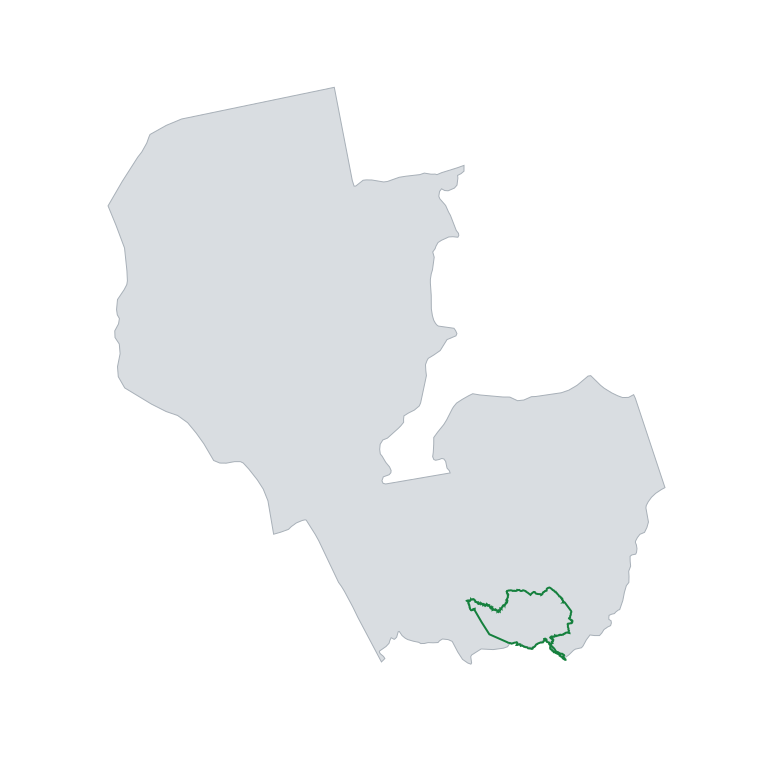 Chama, Muchinga, Zambia (highlighted), rotated 81°
{"feature_id": "96606910B17560798529879", "entity_name": "Chama", "entity_type": "district", "adm_level": 2, "iso_a3": "ZMB", "parent_name": "Zambia", "parent_adm1": "Muchinga", "projection": "orthographic", "projection_center": [32.797, -11.274], "detail": "fine", "context": "in_parent", "style": "outline", "palette": "green", "viewbox_px": 768, "rotation_deg": 81, "n_neighbors": 0, "source": "geoboundaries", "source_scale": "gbopen_adm2", "svg_char_len": 9740}
<svg xmlns="http://www.w3.org/2000/svg" viewBox="0 0 768 768"><g transform="rotate(81 384 384)"><path d="M515.1,516.5L481.2,516.9L468.9,519.7L458.9,524.1L446.9,530.8L440.0,535.4L438.2,538.0L437.3,543.6L437.5,552.2L436.4,558.5L432.9,564.2L414.8,571.3L403.0,577.2L391.5,584.0L382.8,592.8L377.1,603.5L367.5,616.8L347.3,640.7L335.3,645.3L325.2,644.5L312.8,639.9L303.1,639.2L296.0,642.4L289.4,641.6L283.1,636.8L278.0,635.1L273.9,636.6L268.6,636.5L258.9,634.0L250.2,625.9L245.6,622.5L242.0,621.3L232.0,620.2L209.1,619.0L185.6,623.8L164.9,628.7L142.9,610.8L121.5,591.8L116.9,586.9L108.9,580.6L103.2,577.5L100.9,576.0L94.5,558.6L90.6,542.5L83.2,386.7L177.9,383.5L183.9,382.6L184.1,381.0L179.5,372.8L179.6,369.8L180.6,364.1L184.4,352.7L184.5,348.9L182.2,336.6L182.2,329.8L182.8,315.8L182.0,311.2L184.1,304.8L184.7,300.7L185.5,298.9L184.3,294.1L181.9,277.7L180.6,270.8L186.3,271.7L188.3,275.0L189.5,278.7L192.1,278.8L199.0,280.8L201.5,283.8L203.2,290.4L202.4,293.8L200.2,296.6L202.5,299.0L207.1,300.5L209.8,299.9L217.3,295.2L224.4,293.3L227.9,292.0L243.7,288.6L246.8,286.9L249.0,286.9L250.6,288.1L249.3,292.9L248.9,297.1L251.1,304.9L252.7,308.5L256.0,311.1L258.4,312.4L261.2,315.2L266.7,314.6L278.9,318.3L282.6,320.1L287.8,321.8L291.4,322.4L303.9,323.5L317.2,325.5L324.1,325.5L328.9,324.9L332.3,323.6L334.3,322.3L335.3,321.2L339.9,306.2L342.5,304.9L345.7,304.1L347.7,305.4L350.0,314.8L359.7,323.2L363.1,330.2L365.6,336.3L367.8,338.0L371.4,340.0L377.2,340.6L382.4,340.8L408.4,350.8L411.2,352.6L414.5,358.1L416.5,364.4L418.6,369.3L421.9,370.2L424.9,370.6L427.9,373.9L430.1,376.9L438.0,389.1L439.1,393.9L442.9,397.2L447.9,398.5L452.5,398.6L455.1,397.1L461.7,394.5L466.8,391.5L470.5,390.5L472.7,391.1L474.4,393.1L475.6,399.2L479.3,401.2L482.0,400.4L483.0,398.0L483.0,396.7L482.2,332.6L479.9,333.0L476.9,334.9L470.1,335.2L467.4,336.6L466.6,338.6L467.2,341.3L467.4,344.9L466.4,346.6L463.4,347.3L459.1,346.0L451.2,344.3L444.6,343.2L439.9,338.5L433.4,331.3L429.2,327.7L419.0,320.3L417.3,318.8L414.2,315.3L411.5,309.3L408.9,302.4L407.5,297.9L409.8,291.1L415.4,268.8L416.6,261.8L421.4,254.7L421.7,248.4L419.6,240.4L420.1,235.9L420.4,210.4L419.0,202.4L415.5,193.5L408.1,181.2L408.1,178.5L419.2,170.3L422.6,167.2L428.3,160.6L432.2,155.0L434.7,150.5L435.5,144.6L433.6,139.1L437.4,138.0L530.3,122.7L531.6,126.5L534.5,132.8L537.7,137.5L541.7,141.5L545.1,144.0L547.4,144.7L561.7,144.4L566.9,146.8L571.3,149.9L572.5,154.8L575.4,157.8L578.6,160.2L580.0,160.5L582.3,159.9L586.2,159.9L589.7,160.9L591.4,162.0L591.6,166.0L592.7,167.9L597.5,168.6L602.5,168.9L607.2,171.6L612.4,172.1L618.3,173.2L621.1,176.2L627.5,179.2L635.2,182.0L643.7,186.5L643.9,187.9L645.3,190.5L646.8,192.4L647.0,195.3L647.7,197.9L649.9,198.5L651.7,198.7L653.3,196.8L655.6,196.8L658.1,198.0L659.0,201.1L660.9,205.1L664.1,207.9L666.2,210.5L665.4,215.4L664.1,219.8L668.4,224.2L673.9,228.4L675.4,230.2L675.8,236.4L676.7,238.5L680.4,243.7L682.2,247.1L682.1,249.1L672.0,259.2L665.8,260.8L663.1,262.9L661.4,265.0L665.4,275.2L667.5,279.0L665.8,283.9L661.7,292.0L659.9,292.8L659.6,299.0L660.8,301.2L662.8,303.0L663.6,307.2L663.4,317.7L660.9,329.5L665.4,339.9L666.9,341.0L673.2,341.1L674.3,342.0L672.7,344.9L668.3,349.5L660.4,353.0L648.9,356.9L646.5,360.6L645.0,366.1L646.3,369.3L647.8,371.1L647.3,375.9L646.3,380.9L646.6,384.8L646.1,388.3L644.6,390.0L642.6,395.3L640.1,400.6L638.2,403.0L635.3,405.5L630.8,407.6L630.9,408.7L636.0,411.1L637.3,412.8L637.8,413.9L635.7,416.6L638.0,418.2L640.9,419.6L643.6,423.1L646.8,429.7L647.3,430.4L648.2,430.5L649.9,429.8L653.0,427.1L655.3,426.1L658.1,430.0L610.5,446.3L599.3,449.7L582.6,455.5L577.2,457.7L572.9,459.9L528.8,472.9L521.9,475.4L506.3,482.1L505.8,483.2L506.0,486.1L507.5,492.3L510.3,497.8L512.6,501.0L514.2,509.2L515.1,516.5Z" fill="#d9dde1" stroke="#a8b0b8" stroke-width="1"/><path d="M647.5,235.6L647.0,235.6L646.9,235.3L646.6,235.5L646.7,235.9L646.6,236.2L646.0,236.6L645.7,236.6L645.4,237.1L644.8,237.3L644.5,237.9L644.1,237.7L643.6,236.7L642.0,236.3L641.2,235.6L639.7,235.4L639.0,234.9L638.3,234.6L637.5,234.7L628.1,239.6L627.5,240.3L627.8,240.7L627.6,240.8L627.6,241.1L627.4,240.8L627.1,240.8L626.7,240.9L626.7,241.2L625.9,241.1L625.2,241.6L624.9,241.8L624.5,241.5L624.1,241.5L624.0,241.9L623.7,241.9L623.5,242.2L623.4,242.1L623.1,242.1L622.6,242.4L622.1,243.0L621.3,243.5L621.2,244.1L619.4,244.9L618.2,245.8L617.7,245.9L617.4,246.4L616.0,247.0L615.9,247.8L614.3,248.7L614.0,249.5L612.6,250.5L611.3,251.8L610.9,252.5L611.1,253.9L611.5,254.9L612.0,255.4L613.5,255.7L613.7,256.5L613.7,257.5L614.4,258.2L614.4,258.9L614.9,259.7L616.0,260.2L616.3,260.8L616.8,261.2L617.0,261.8L616.7,261.8L616.3,261.9L616.1,262.1L615.5,265.0L615.0,265.9L615.0,266.4L614.3,267.1L613.1,267.6L612.8,268.7L614.1,271.1L615.2,272.3L612.4,274.9L611.7,275.9L610.7,276.5L609.6,278.6L609.5,279.0L609.9,280.0L609.9,281.1L609.5,281.8L608.6,282.6L608.5,284.3L608.2,284.7L608.9,285.3L608.8,285.5L609.0,286.0L608.9,286.9L608.6,287.5L608.7,287.9L608.5,288.1L608.5,289.3L607.9,290.0L607.5,291.7L607.6,292.7L607.4,293.5L607.8,294.6L607.7,294.9L608.2,295.3L608.5,295.1L609.3,295.1L609.6,295.3L610.3,295.0L610.6,294.5L611.2,294.4L611.4,294.6L611.6,294.4L611.9,294.7L612.4,294.8L612.6,294.6L613.4,295.0L614.1,295.0L615.0,295.8L615.8,296.2L616.0,296.4L616.1,296.2L616.7,296.1L616.7,296.4L617.1,296.2L617.3,296.6L617.4,296.4L617.8,296.5L618.1,296.4L618.2,296.6L618.5,296.5L618.9,296.6L619.1,297.0L619.2,297.4L619.4,297.3L619.5,297.5L619.6,297.8L619.8,297.7L620.2,298.3L620.8,298.7L620.7,299.1L620.8,299.4L621.2,299.5L620.9,299.6L621.4,301.1L622.0,301.3L621.9,301.5L623.0,302.4L623.9,302.9L623.8,303.1L624.0,303.4L623.9,303.7L624.2,303.6L624.0,303.9L624.2,304.4L624.9,304.6L625.3,304.6L625.5,304.8L625.8,304.8L626.1,305.4L626.5,305.4L626.3,305.6L626.6,305.6L626.7,306.2L627.0,306.5L626.3,307.0L626.6,307.6L626.0,307.5L625.6,307.9L625.3,307.7L625.0,308.6L624.6,308.6L623.9,309.2L624.0,309.5L624.5,309.9L624.2,310.4L624.2,310.9L624.0,311.3L624.1,311.8L623.4,311.4L622.6,312.2L622.2,312.1L622.5,312.8L622.3,312.8L622.2,312.4L621.9,312.4L622.3,312.9L621.7,313.0L622.0,313.2L622.5,313.1L622.5,313.3L621.7,313.7L621.4,313.3L621.3,313.5L621.5,313.8L621.4,314.1L621.1,314.0L621.0,313.7L620.8,313.7L620.6,314.2L619.7,314.6L619.6,314.9L619.4,314.6L619.2,314.6L619.3,315.1L618.9,315.2L619.1,315.8L618.5,315.9L618.3,316.4L617.8,316.7L618.1,316.9L617.7,317.1L618.3,317.5L618.6,318.0L617.9,318.0L617.9,318.3L618.3,318.3L618.3,318.6L618.3,318.8L617.7,318.9L617.6,319.4L617.3,319.6L617.4,319.8L617.7,319.9L617.1,320.2L617.5,320.7L617.1,320.7L616.6,321.2L616.7,321.6L616.0,322.1L616.4,322.7L615.8,322.8L615.8,323.3L615.4,323.4L615.8,323.8L615.5,324.2L615.5,324.4L616.1,324.8L615.9,325.3L615.7,325.4L615.3,324.9L615.1,325.1L615.2,325.4L615.0,325.6L614.2,325.5L614.3,326.4L613.8,326.8L613.7,327.4L613.4,327.9L612.1,327.8L611.8,328.5L611.0,328.7L610.5,329.2L610.4,330.0L610.8,330.9L610.6,331.4L610.2,331.7L610.7,331.8L610.9,332.6L611.4,332.9L611.3,333.5L611.9,333.5L612.0,333.8L611.5,334.3L611.4,334.7L610.9,334.9L611.0,335.6L611.3,335.4L611.4,335.8L612.2,335.0L613.4,334.8L613.9,335.0L614.7,334.5L615.0,334.4L615.3,334.7L616.8,334.2L617.6,334.5L618.2,334.2L618.7,334.3L619.8,334.1L620.3,333.7L621.0,333.5L621.2,333.2L621.1,331.9L620.9,331.5L620.4,331.3L620.2,330.3L620.2,329.9L620.5,330.1L620.8,329.7L621.5,330.1L622.0,329.7L634.6,324.8L647.7,319.1L658.6,302.2L659.5,302.0L659.3,302.0L659.2,301.6L659.4,300.6L659.7,299.7L660.4,298.8L660.3,297.3L659.9,295.8L660.0,294.4L659.8,293.4L660.0,293.1L660.8,292.8L661.6,293.1L662.5,293.8L662.6,293.3L662.2,290.6L662.8,290.3L662.8,290.1L663.5,290.2L664.1,289.9L663.8,288.6L663.9,288.3L664.5,287.9L664.7,287.4L665.4,286.9L665.5,286.2L665.8,286.0L666.2,285.0L666.3,284.1L667.7,282.9L667.8,281.5L668.1,281.3L668.1,280.7L668.5,280.2L668.8,279.4L668.7,278.7L668.2,278.3L667.6,278.3L667.2,276.6L666.6,275.7L665.8,275.1L665.0,274.3L664.9,273.3L664.5,273.0L663.8,269.9L664.0,268.9L664.0,267.5L663.7,267.4L663.4,266.8L662.6,266.0L662.2,265.3L662.0,265.6L661.5,265.4L661.0,265.8L660.9,265.8L660.7,264.7L661.7,263.5L662.6,263.5L662.8,263.7L662.8,264.2L664.2,263.5L665.3,261.2L666.5,261.6L667.0,261.4L668.4,260.4L669.0,260.8L670.2,260.9L670.5,261.2L671.2,261.2L672.1,260.9L672.1,260.3L672.6,259.8L673.7,259.6L674.1,258.8L674.6,258.7L675.2,258.2L675.5,258.2L675.7,257.5L675.4,257.1L675.7,257.0L675.7,256.5L676.1,256.7L676.5,256.5L679.1,252.5L679.5,252.5L679.9,252.9L681.1,251.6L681.6,250.7L682.6,250.5L682.9,250.0L683.5,249.8L683.6,249.2L684.0,249.1L684.6,248.5L684.8,247.9L684.4,247.8L682.6,249.3L682.3,249.5L681.8,249.1L681.0,249.5L680.2,249.3L680.0,248.6L679.7,248.7L678.2,250.4L678.2,251.1L677.9,251.9L676.6,253.6L676.2,253.9L675.3,255.7L674.3,256.3L673.1,256.7L671.3,257.7L670.8,258.3L670.3,258.4L669.9,258.9L669.6,259.1L669.3,259.5L669.1,259.5L668.8,259.7L668.7,259.5L667.6,259.9L666.9,259.6L666.6,259.7L666.3,258.4L665.9,258.7L665.5,258.2L664.7,258.4L664.5,257.5L664.3,257.5L664.1,257.3L663.8,257.5L662.9,257.3L662.7,257.5L662.7,257.1L662.3,257.3L662.1,257.3L662.2,257.5L661.8,257.6L661.8,257.9L661.5,258.3L660.7,258.5L660.4,259.0L660.7,259.2L660.7,259.3L660.4,259.4L660.3,259.0L659.8,258.6L659.9,258.3L659.7,258.0L660.0,257.8L659.8,257.6L659.8,256.8L660.0,256.6L659.9,256.4L660.1,255.6L659.9,255.6L659.8,254.4L659.6,254.3L659.8,254.2L659.6,254.2L659.8,254.0L659.5,253.3L659.8,253.0L659.6,252.8L659.7,252.4L659.8,251.8L659.6,251.4L659.6,250.7L659.3,250.4L659.2,249.5L659.5,249.4L659.4,248.5L659.7,247.8L659.4,246.8L659.6,246.4L658.9,245.5L659.0,244.9L658.6,244.5L658.6,243.9L658.2,243.6L658.1,243.2L658.1,242.1L659.0,239.8L658.7,239.8L657.6,240.6L656.6,239.9L655.4,240.3L654.3,240.0L652.8,240.4L651.2,240.1L649.9,240.2L649.5,239.7L649.6,237.9L649.4,236.9L649.6,236.3L649.4,235.9L648.5,235.6L648.6,235.3L648.1,235.1L647.5,235.6Z" fill="none" stroke="#15803d" stroke-width="2"/></g></svg>